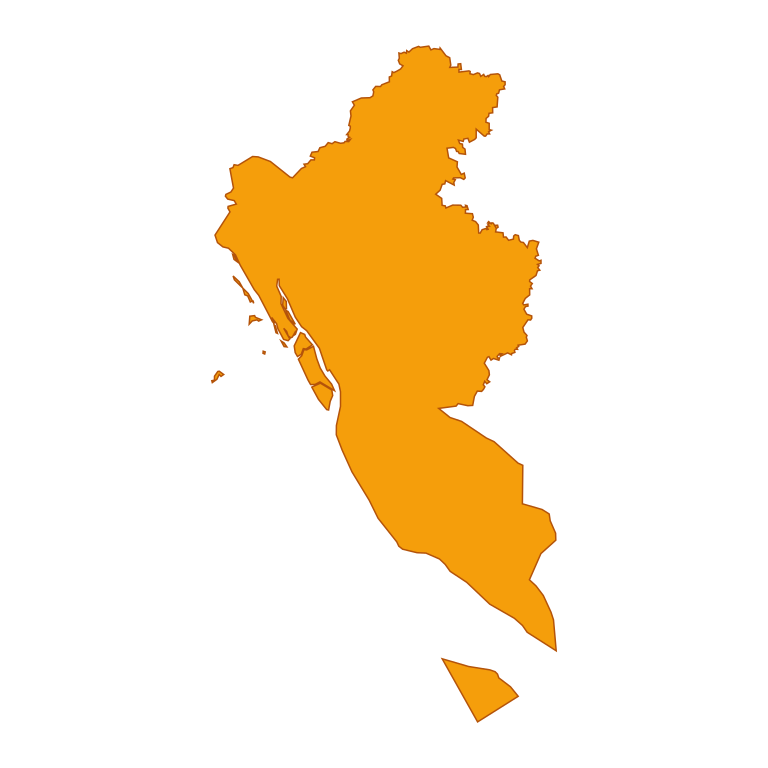 Lakshmipur, Chittagong, Bangladesh
{"feature_id": "16705992B31973889793084", "entity_name": "Lakshmipur", "entity_type": "district", "adm_level": 2, "iso_a3": "BGD", "parent_name": "Bangladesh", "parent_adm1": "Chittagong", "projection": "albers", "projection_center": [90.887, 22.836], "detail": "fine", "context": "isolated", "style": "filled", "palette": "amber", "viewbox_px": 768, "rotation_deg": 0, "n_neighbors": 0, "source": "geoboundaries", "source_scale": "gbopen_adm2", "svg_char_len": 6079}
<svg xmlns="http://www.w3.org/2000/svg" viewBox="0 0 768 768"><path d="M215.0,235.1L217.5,242.6L222.9,246.9L228.5,248.2L235.5,254.9L240.2,265.1L254.3,289.7L258.8,295.4L272.6,321.9L274.7,323.4L271.6,317.4L276.6,323.7L277.9,328.7L283.6,339.4L288.1,340.7L289.8,338.9L283.7,328.3L286.6,331.3L288.2,335.9L290.8,337.8L292.3,337.1L295.9,330.8L294.5,334.9L295.4,334.3L297.2,329.1L287.9,318.4L281.0,303.7L281.2,296.4L276.7,286.1L277.6,279.3L279.1,279.2L279.3,285.7L287.4,298.7L295.3,317.2L301.6,326.7L306.7,330.7L319.4,348.3L326.7,369.8L327.8,371.0L329.6,369.8L338.9,384.1L340.5,391.8L340.5,406.4L336.4,425.5L336.3,434.8L342.2,450.2L352.0,471.9L369.2,500.2L378.1,518.3L396.8,541.9L398.8,546.2L402.6,549.2L417.0,552.7L426.0,553.1L439.5,559.0L445.2,564.4L450.2,571.4L466.7,582.3L489.8,604.2L514.4,618.3L522.5,625.5L527.2,632.3L556.2,650.8L553.5,619.9L551.0,612.2L543.3,595.5L536.0,585.9L529.4,579.8L540.9,553.6L555.8,540.2L555.6,533.2L550.2,520.8L549.2,514.0L542.1,509.5L522.4,503.8L522.8,465.3L518.0,463.1L494.1,441.7L486.3,438.0L461.6,421.4L450.0,417.5L438.7,408.4L456.1,406.1L458.1,403.6L467.8,405.7L472.7,405.4L474.4,396.4L477.3,391.1L481.6,391.4L483.4,389.5L484.9,386.8L483.3,384.8L484.7,381.3L486.8,383.7L489.7,381.8L487.0,379.7L489.4,374.8L488.9,370.6L484.3,363.2L487.4,357.3L488.9,356.6L491.0,360.1L493.5,358.5L498.9,360.2L499.5,357.9L497.7,358.0L497.1,356.4L499.6,353.6L501.9,353.8L500.0,355.2L500.4,356.3L507.6,352.9L511.5,354.8L511.7,353.5L514.9,352.4L514.4,350.3L515.3,349.2L517.5,349.3L516.6,347.7L518.7,346.5L518.1,345.2L525.1,344.1L527.4,340.9L526.3,337.2L527.0,335.5L524.0,332.1L522.8,327.5L528.0,319.8L530.6,320.0L531.8,318.2L531.7,315.9L526.7,314.2L523.9,309.2L525.5,306.6L528.0,306.1L527.9,304.2L523.8,304.9L522.7,303.4L525.3,298.4L529.7,294.9L529.6,288.7L532.0,288.7L530.5,286.1L532.3,283.5L529.6,281.5L529.7,279.9L536.0,275.5L537.5,270.8L539.8,270.2L537.7,267.5L539.1,265.8L537.5,264.4L541.0,263.4L541.0,260.3L539.2,260.9L535.0,258.2L535.8,256.2L538.4,255.3L536.4,248.8L538.8,242.2L532.9,240.4L529.3,241.1L527.3,247.6L523.4,242.5L520.9,242.1L519.3,240.3L518.4,235.6L515.2,234.7L513.7,236.0L513.4,239.1L508.6,240.3L506.1,237.0L503.5,237.1L503.0,232.8L495.6,231.9L496.2,228.5L498.1,227.2L497.6,225.2L495.6,225.3L495.4,226.8L493.3,223.2L491.9,222.8L491.2,223.8L488.6,221.6L487.6,223.0L489.3,223.4L487.9,224.8L489.3,226.2L486.6,226.6L488.1,229.3L486.8,229.6L486.2,228.4L482.1,229.7L480.2,233.1L478.7,233.0L478.3,225.0L475.6,221.6L472.2,220.2L473.3,217.2L472.4,213.7L465.4,213.2L465.5,209.6L468.2,209.5L467.0,205.7L465.5,205.3L465.9,207.0L462.6,207.3L460.8,205.2L452.7,205.1L445.9,208.0L445.3,205.9L442.1,205.3L441.7,198.4L435.7,194.2L440.1,190.2L442.2,184.3L444.8,183.9L445.6,180.6L454.2,185.1L453.8,182.5L455.3,179.7L452.8,179.1L453.6,177.9L460.3,177.7L463.8,179.4L465.2,177.9L464.2,173.1L461.3,174.5L457.0,167.0L457.4,161.8L448.7,157.9L447.0,148.2L453.4,147.4L455.5,148.5L456.6,151.4L458.1,151.5L459.2,153.5L465.5,154.3L465.0,149.1L462.7,147.4L462.4,144.1L459.7,143.5L458.4,140.1L463.2,141.4L463.9,139.0L467.9,138.3L469.4,142.2L474.7,139.4L476.2,137.8L476.2,129.1L484.2,136.1L485.6,136.1L487.2,133.9L489.6,133.9L488.6,131.7L491.4,130.2L489.2,129.6L489.2,123.3L485.9,122.2L486.1,118.4L488.6,116.3L489.0,113.3L492.7,112.8L492.6,107.6L497.1,106.9L497.8,97.2L496.3,95.5L496.7,93.8L498.6,93.2L499.5,89.8L504.7,88.9L503.6,86.5L505.1,84.7L505.1,81.8L501.8,81.0L499.7,74.8L497.9,73.8L490.3,74.5L488.6,76.6L488.0,75.5L486.4,76.6L484.7,76.4L483.7,74.4L480.8,76.4L479.5,73.5L477.5,72.9L473.4,74.6L469.9,73.7L470.2,71.5L469.0,70.9L459.0,72.1L458.9,69.4L461.4,69.5L460.7,63.7L458.1,64.0L457.9,67.1L449.8,67.4L450.8,65.1L449.7,57.7L446.0,55.8L440.1,48.0L439.9,49.4L434.0,48.6L430.9,49.9L428.8,46.1L420.3,47.3L418.6,46.4L412.5,48.7L408.9,52.1L406.7,50.6L406.4,53.2L404.1,52.2L401.0,53.6L398.9,53.0L399.3,58.3L398.3,60.3L399.7,63.9L403.0,65.8L400.6,69.0L396.8,71.2L393.8,72.6L392.2,71.7L391.6,76.0L389.3,77.0L389.4,81.8L381.9,84.7L380.5,86.5L375.7,86.4L372.9,89.9L373.7,91.8L372.9,95.9L370.0,97.7L361.3,98.0L352.4,101.8L354.4,105.2L350.4,110.9L351.0,116.0L348.8,125.4L350.3,126.2L350.3,128.1L349.5,131.1L346.7,134.6L348.1,134.7L348.2,136.7L349.6,137.3L346.9,139.1L347.0,140.5L350.4,139.4L348.7,141.6L345.1,141.4L344.0,142.8L340.6,143.3L334.9,141.7L332.1,143.7L328.2,142.6L325.2,146.3L319.9,147.7L318.1,151.5L312.0,152.2L310.3,156.1L314.6,157.8L314.4,159.9L310.9,159.9L307.7,163.7L304.0,164.2L305.5,166.7L301.4,168.5L292.6,177.8L290.0,177.1L270.4,161.5L258.2,156.9L252.6,156.5L238.0,165.4L234.1,164.7L233.0,167.6L229.9,168.7L233.5,188.1L230.9,192.0L225.9,194.4L225.4,196.2L227.7,199.1L234.2,200.6L236.3,204.1L228.1,206.4L227.9,208.2L230.0,211.9L215.0,235.1ZM477.6,721.9L518.2,696.3L510.5,686.8L498.8,677.9L497.5,674.1L495.1,671.7L490.0,669.9L468.6,666.5L442.2,658.8L477.6,721.9ZM316.8,358.8L313.5,346.3L306.7,349.9L303.9,349.6L301.7,355.8L298.4,359.2L308.0,380.0L310.6,384.6L315.1,384.4L319.9,381.9L334.5,390.6L331.6,384.1L325.0,376.1L320.2,368.0L316.8,358.8ZM328.6,410.0L330.2,401.4L332.7,395.5L331.8,390.0L320.4,383.2L311.8,387.1L318.5,399.4L326.7,409.6L328.6,410.0ZM306.1,349.0L312.4,344.8L305.6,337.1L304.7,334.4L300.5,332.6L294.2,345.9L295.2,352.6L297.5,356.5L301.2,354.3L303.3,348.6L306.1,349.0ZM249.8,316.2L249.2,324.2L252.3,320.9L257.0,319.9L258.6,321.1L261.6,319.8L255.4,317.3L254.6,315.6L249.8,316.2ZM212.3,382.6L216.9,379.3L219.2,374.5L221.0,376.4L223.7,374.5L219.2,371.2L217.8,371.5L214.5,376.2L214.4,380.2L211.8,380.7L212.3,382.6ZM252.4,301.0L248.3,293.6L242.8,288.1L244.8,294.8L247.7,295.9L250.3,302.0L252.4,301.0ZM286.5,308.7L286.3,301.5L283.2,297.6L282.7,305.2L284.9,308.7L286.5,308.7ZM295.3,324.3L288.1,311.5L285.9,310.4L289.7,319.7L295.3,324.3ZM242.8,288.1L239.2,281.7L233.1,276.0L234.4,279.8L242.8,288.1ZM286.9,346.9L284.2,343.0L281.1,341.0L284.1,346.6L286.9,346.9ZM277.5,333.4L275.2,325.6L274.0,324.7L276.0,332.7L277.5,333.4ZM237.0,261.6L234.3,255.5L232.7,254.5L234.0,259.4L237.0,261.6ZM264.7,354.0L265.2,351.9L263.2,351.2L263.0,353.3L264.7,354.0ZM253.7,303.3L253.2,301.1L252.9,300.9L252.4,301.0L253.7,303.3Z" fill="#f59e0b" stroke="#b45309" stroke-width="1.5"/></svg>